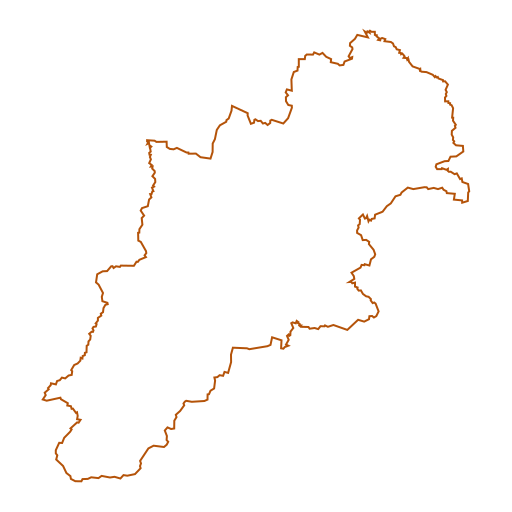 the district of Khao Chakan, Sa Kaeo, Thailand
{"feature_id": "78962969B13741578736552", "entity_name": "Khao Chakan", "entity_type": "district", "adm_level": 2, "iso_a3": "THA", "parent_name": "Thailand", "parent_adm1": "Sa Kaeo", "projection": "orthographic", "projection_center": [102.011, 13.617], "detail": "fine", "context": "isolated", "style": "outline", "palette": "amber", "viewbox_px": 512, "rotation_deg": 0, "n_neighbors": 0, "source": "geoboundaries", "source_scale": "gbopen_adm2", "svg_char_len": 5953}
<svg xmlns="http://www.w3.org/2000/svg" viewBox="0 0 512 512"><path d="M105.4,304.8L103.5,308.1L103.0,312.2L100.8,313.7L101.3,315.6L97.9,317.9L97.9,320.6L95.7,323.4L96.6,324.1L95.9,326.5L93.5,326.9L92.5,328.4L93.5,330.4L92.9,331.9L91.7,331.7L89.2,333.8L90.7,335.8L90.2,339.5L88.5,341.4L88.3,344.7L86.7,345.8L86.5,352.3L84.9,352.8L84.8,355.2L82.7,356.0L82.4,358.5L80.7,357.8L80.3,360.7L77.6,363.5L74.2,365.0L71.2,370.1L72.2,371.2L71.7,374.9L68.6,375.5L65.2,378.4L61.9,377.6L59.8,380.2L57.1,381.0L55.9,384.4L51.0,383.3L50.7,385.2L48.0,388.1L48.7,389.3L44.7,392.7L45.7,395.1L42.8,399.5L46.7,400.7L60.4,397.7L60.9,399.2L67.8,403.2L67.3,405.5L70.9,406.2L71.6,408.8L72.9,408.6L76.0,412.9L77.0,412.3L77.7,415.9L77.1,419.2L80.5,419.8L78.6,422.7L77.1,422.4L70.5,428.4L71.6,429.4L70.2,431.7L64.2,437.8L62.1,443.0L59.2,442.8L55.8,450.2L55.8,453.4L57.3,455.3L56.2,459.5L63.1,466.0L66.4,473.0L70.4,476.1L70.9,478.9L75.3,481.2L81.4,481.3L82.5,479.1L87.8,478.9L91.2,477.3L98.5,478.1L101.6,475.9L110.0,477.5L114.5,476.8L120.4,478.5L123.5,475.1L127.3,475.7L135.0,474.1L140.6,468.2L140.0,466.1L141.0,463.4L140.1,460.9L148.4,448.4L153.6,445.7L164.0,447.0L166.7,444.7L168.2,441.8L166.6,440.0L166.9,436.0L164.8,430.5L167.5,427.4L171.1,429.0L174.2,428.5L174.3,420.7L176.5,417.1L175.8,414.8L180.1,411.0L184.2,405.3L183.5,403.5L184.9,401.6L186.2,400.8L191.8,401.8L204.4,401.0L207.5,399.6L207.6,394.4L209.0,394.2L210.5,390.7L214.1,388.5L215.1,380.6L214.4,377.5L217.4,377.1L219.6,375.2L223.1,375.8L224.5,371.9L228.1,372.9L231.1,362.1L231.0,354.6L232.9,347.7L247.0,348.3L249.3,349.2L267.4,346.2L270.5,344.9L272.1,337.3L281.5,340.3L281.1,348.3L283.4,348.7L284.7,347.1L288.3,345.7L286.0,344.6L288.7,339.8L287.0,335.9L288.6,334.5L289.3,335.8L290.3,335.2L290.5,331.6L293.3,328.0L291.3,323.2L292.6,322.4L295.7,323.3L296.7,320.9L298.3,322.1L297.6,322.9L299.7,324.1L299.3,325.2L300.7,325.4L299.9,326.0L300.8,326.8L308.5,327.0L309.6,328.7L314.6,328.0L318.2,329.1L320.5,326.2L324.5,326.3L325.0,325.4L327.9,326.8L333.4,325.0L347.3,329.9L358.1,319.8L364.2,321.6L369.0,319.2L369.4,316.2L372.1,316.0L373.9,317.5L376.3,316.1L378.6,311.4L375.6,303.6L374.2,302.5L372.7,303.1L370.7,300.4L370.9,299.1L368.6,296.8L366.1,296.3L362.9,293.9L360.9,290.4L358.7,290.6L357.3,288.8L357.6,287.5L355.0,286.6L355.0,282.6L352.3,283.3L351.2,281.9L349.4,282.0L354.3,278.9L353.8,276.1L351.5,272.7L360.5,267.6L361.6,264.9L364.4,265.2L364.7,264.2L369.4,265.5L371.0,259.3L374.3,256.8L375.2,254.3L373.6,249.8L368.9,244.1L369.2,241.9L366.2,239.9L362.7,240.1L361.1,235.2L357.1,232.9L357.1,230.4L358.6,227.6L358.1,225.4L359.7,224.1L360.0,219.7L358.9,218.4L362.9,214.5L364.9,218.6L366.1,218.2L367.1,216.0L368.5,221.3L369.4,219.7L371.0,220.6L371.7,218.9L374.6,218.4L375.1,214.7L382.6,211.7L386.8,206.2L390.8,203.4L395.5,196.3L400.4,194.8L401.6,192.5L407.8,187.6L413.3,189.1L424.4,187.2L426.7,187.3L428.2,189.1L433.7,187.9L438.0,189.1L442.2,187.7L443.6,189.8L446.4,191.2L446.8,193.1L454.8,193.8L453.9,199.6L462.1,200.4L462.2,202.7L467.8,201.0L468.2,192.5L469.2,191.3L468.1,184.0L462.4,182.0L461.7,178.4L460.1,179.1L456.8,173.4L454.6,174.2L450.7,171.7L448.9,171.8L447.8,170.8L447.9,168.9L446.4,169.8L442.0,168.2L441.7,169.1L437.1,169.1L435.7,166.8L436.4,164.3L444.6,161.2L448.4,161.0L450.5,156.7L456.3,156.4L463.3,151.5L462.9,145.9L456.0,145.3L453.4,142.9L454.2,141.3L452.9,139.9L453.2,137.4L451.7,134.6L451.9,130.8L455.5,127.8L454.9,125.8L455.8,124.8L453.0,120.7L453.2,117.7L452.1,117.6L453.1,108.2L451.6,105.2L450.1,104.6L450.1,103.2L448.4,103.0L448.3,101.3L445.1,101.4L445.0,97.5L446.4,95.9L445.8,94.0L446.8,92.1L445.6,89.8L447.9,84.6L445.1,81.3L443.1,81.4L443.0,80.1L438.5,78.5L437.8,77.0L436.9,77.5L435.5,76.1L434.8,77.1L432.8,74.8L426.5,72.1L421.6,71.7L420.5,71.1L420.3,69.3L419.8,69.9L419.6,68.9L412.6,66.4L409.0,61.8L408.5,59.5L407.7,59.9L407.8,58.2L407.0,59.0L406.7,58.1L403.6,57.8L404.6,56.3L403.5,54.9L402.2,53.5L401.1,54.2L400.8,53.0L399.2,52.8L399.9,50.1L396.7,49.3L395.7,47.1L394.0,46.3L393.0,43.5L390.9,42.0L384.5,41.2L385.3,39.1L382.1,38.0L380.4,38.8L380.2,40.3L378.1,39.9L379.3,38.4L376.5,36.3L376.8,35.3L374.9,34.9L374.8,31.8L371.5,31.8L369.9,30.7L369.1,31.4L369.5,32.7L367.4,31.4L366.8,32.8L364.8,31.5L367.9,37.4L357.3,34.9L354.9,38.9L350.1,43.1L349.9,45.8L352.2,47.4L352.5,49.1L348.6,56.3L349.8,58.0L352.2,57.1L352.0,58.7L344.6,61.5L343.4,64.9L339.6,65.4L337.9,63.8L330.8,62.2L331.1,59.1L326.2,56.8L322.5,52.9L319.4,54.6L314.2,52.4L313.0,54.6L306.8,54.5L305.2,55.9L304.8,59.1L298.8,59.1L298.8,66.8L297.7,67.0L297.5,70.6L293.8,72.0L291.4,79.4L291.8,90.7L286.9,89.4L285.7,92.4L288.0,95.3L285.9,97.2L286.0,101.2L288.3,105.0L291.8,105.7L291.9,107.7L288.1,118.2L283.3,123.5L271.7,119.8L270.3,120.6L270.2,123.0L267.6,125.0L265.2,122.9L262.9,123.5L260.7,120.8L258.0,121.1L255.4,119.3L254.4,119.8L254.0,122.7L250.9,123.8L247.6,115.5L247.7,113.2L232.0,105.9L231.5,110.7L228.7,118.5L226.5,120.1L226.2,121.8L219.9,125.3L216.8,129.9L214.9,139.2L212.7,143.5L212.6,152.0L210.5,158.6L200.5,157.2L195.9,153.6L188.6,153.7L188.4,152.5L186.5,152.5L176.9,147.9L173.6,149.3L169.8,148.9L166.8,147.0L166.6,141.7L156.4,141.9L154.6,140.7L147.1,140.2L147.1,141.4L148.6,141.8L147.5,143.8L149.0,143.1L149.6,146.4L150.1,145.7L151.3,146.6L150.0,147.8L150.7,151.6L149.2,152.9L149.5,154.7L150.8,154.8L149.9,157.0L150.9,159.3L149.2,163.1L151.7,165.0L150.8,166.6L152.6,166.4L152.2,168.6L154.7,171.1L154.8,172.7L152.4,176.2L155.1,178.9L155.3,182.1L153.1,185.5L154.1,186.6L152.0,187.6L153.4,191.2L152.3,191.5L151.5,194.1L150.2,194.1L151.4,197.4L149.1,199.5L147.8,206.2L142.0,208.1L140.7,210.6L144.1,215.6L141.7,218.1L142.4,224.7L139.4,229.2L139.3,232.6L138.1,232.8L138.3,240.6L140.8,241.9L146.0,251.1L146.3,253.1L144.6,255.3L145.9,257.1L139.4,259.8L137.8,261.9L136.5,261.7L133.9,265.8L120.8,265.6L119.9,266.9L116.0,266.3L113.6,268.0L112.5,266.2L111.2,266.3L107.1,271.1L102.7,271.3L97.2,274.3L96.0,282.4L98.6,284.6L103.0,293.0L101.8,296.8L102.4,301.2L107.4,302.8L107.7,304.2L105.4,304.8Z" fill="none" stroke="#b45309" stroke-width="2"/></svg>